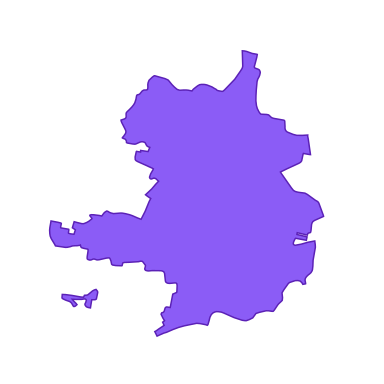 the district of Nam Định, Nam Định, Vietnam, rotated 100°
{"feature_id": "81297802B54089788823696", "entity_name": "Nam Định", "entity_type": "district", "adm_level": 2, "iso_a3": "VNM", "parent_name": "Vietnam", "parent_adm1": "Nam Định", "projection": "mercator", "projection_center": [106.173, 20.418], "detail": "fine", "context": "isolated", "style": "filled", "palette": "violet", "viewbox_px": 384, "rotation_deg": 100, "n_neighbors": 0, "source": "geoboundaries", "source_scale": "gbopen_adm2", "svg_char_len": 6007}
<svg xmlns="http://www.w3.org/2000/svg" viewBox="0 0 384 384"><g transform="rotate(100 192 192)"><path d="M86.1,187.9L85.0,190.7L84.0,195.8L83.9,198.2L84.4,201.4L85.0,203.1L86.2,204.6L87.1,205.5L89.9,208.0L90.8,208.7L92.5,209.6L92.4,213.5L92.6,215.7L93.1,218.3L93.8,221.2L93.9,222.0L93.6,224.1L93.3,224.9L91.7,227.6L89.7,230.4L86.2,234.5L85.8,235.1L85.0,238.4L84.0,248.7L84.1,249.4L85.6,250.9L89.4,253.7L91.9,254.2L93.6,254.2L95.3,253.9L96.5,253.6L98.7,253.6L99.1,254.0L99.5,254.8L99.9,257.0L100.4,257.7L101.2,258.6L104.4,260.4L105.1,261.1L105.8,262.7L106.2,263.1L106.9,263.3L110.3,263.3L114.0,263.8L116.2,264.6L118.6,265.9L121.6,267.9L124.0,269.7L125.2,270.4L126.4,270.5L129.4,269.9L130.4,270.0L131.0,270.4L131.7,271.1L133.5,274.4L134.4,274.1L135.9,273.2L141.6,268.9L142.9,268.0L144.2,267.5L145.8,267.6L148.9,269.0L150.5,270.0L150.8,270.0L151.1,269.3L151.5,267.2L151.9,266.5L153.1,265.5L154.7,265.1L155.0,264.2L155.0,258.7L154.8,256.5L154.3,255.4L151.8,251.7L151.2,250.1L151.1,248.7L151.4,247.1L151.6,246.7L153.7,245.1L154.6,244.2L155.1,242.9L155.4,241.3L159.8,242.3L160.0,249.8L161.6,249.6L161.6,253.7L162.0,253.9L162.6,253.9L167.4,254.1L170.0,253.5L170.8,252.6L171.4,251.1L175.4,235.5L175.9,234.1L177.0,234.3L181.4,235.9L184.6,236.4L185.1,236.3L185.7,235.9L186.2,235.3L186.3,234.5L186.2,234.1L185.1,232.3L184.9,231.1L185.2,229.9L187.2,226.8L190.8,229.2L196.0,232.2L202.8,237.3L204.0,235.0L205.6,231.5L208.7,232.5L219.2,234.8L227.7,237.4L227.0,241.2L225.7,246.5L225.2,249.5L224.9,253.7L224.9,256.8L225.1,258.5L226.9,265.6L226.7,268.4L226.4,269.7L225.6,271.7L225.6,272.8L227.1,274.4L228.1,275.1L231.3,276.7L231.2,279.2L231.5,284.9L231.8,287.0L232.3,288.3L232.5,288.5L233.1,288.5L235.2,286.1L235.7,285.9L236.0,286.1L238.8,288.6L240.3,290.4L241.8,292.8L242.1,293.6L242.3,295.0L242.0,299.8L241.7,302.9L248.0,303.6L249.5,300.3L254.1,300.9L254.3,304.3L254.1,306.4L253.7,306.6L250.6,306.7L250.1,307.0L250.1,314.9L249.6,315.3L249.2,315.3L245.8,315.2L245.5,315.4L245.3,315.8L245.1,318.9L245.0,325.8L251.4,325.8L254.3,325.6L257.7,324.8L260.0,324.0L262.3,322.6L267.1,318.4L268.8,317.1L268.5,306.9L268.1,305.2L267.0,302.4L265.9,300.4L265.4,298.6L264.8,295.7L264.0,293.3L263.6,292.7L264.6,292.3L265.6,291.7L266.0,291.1L266.3,288.8L266.4,284.7L266.9,284.3L268.7,284.1L273.7,284.0L275.4,283.8L276.1,283.5L276.5,282.9L276.8,281.3L276.7,280.5L276.4,279.5L275.3,277.8L275.1,277.2L275.0,276.4L275.4,273.8L274.9,271.8L272.0,264.9L271.4,262.9L271.3,261.9L271.7,261.3L273.9,259.9L277.1,258.6L277.7,257.6L277.7,257.2L277.7,254.3L276.9,248.6L276.7,248.1L276.4,248.0L274.1,247.9L273.7,247.6L273.5,247.2L273.1,246.3L272.1,241.6L269.9,232.5L269.0,230.5L268.9,229.1L269.4,228.2L272.3,225.1L273.4,225.0L275.8,225.2L276.4,225.0L277.2,224.2L277.4,222.5L277.3,221.1L276.4,217.8L275.3,211.4L274.9,208.5L275.1,206.9L275.6,205.8L276.9,204.9L284.4,202.7L285.2,202.2L285.8,201.1L286.0,200.4L286.0,199.1L285.8,197.8L284.5,193.1L284.4,192.1L284.6,191.5L285.0,191.0L286.7,190.4L291.9,189.7L293.4,189.6L293.7,189.8L295.9,193.2L309.5,193.4L309.6,196.9L309.8,197.4L310.1,197.8L310.6,198.2L311.5,198.4L314.3,198.7L315.1,199.1L315.6,199.6L316.2,200.8L316.9,201.1L317.8,201.2L321.4,198.6L323.5,196.7L325.3,198.3L328.2,196.3L332.8,201.1L335.0,203.2L335.9,204.4L340.0,201.4L336.0,195.5L334.6,192.7L330.7,186.8L327.7,181.7L325.2,176.5L323.4,172.0L320.5,164.6L320.2,161.1L320.3,155.6L320.6,153.8L319.9,153.3L315.7,152.8L312.4,152.6L309.3,151.7L307.3,150.2L306.3,148.8L305.6,147.3L305.3,145.4L305.2,142.2L305.7,139.6L308.4,128.7L309.6,120.3L309.5,117.3L309.2,116.0L307.7,113.4L305.4,110.3L300.5,107.9L298.8,104.7L296.1,98.4L295.7,95.9L295.6,92.3L295.4,91.4L295.1,91.1L293.9,90.4L288.2,87.9L287.0,87.2L284.1,85.0L283.0,84.3L280.3,84.5L275.8,85.8L275.3,85.7L272.2,84.5L265.3,81.2L264.2,80.2L261.7,75.6L261.3,74.7L260.8,72.3L260.9,70.5L261.0,69.9L262.3,68.0L263.7,66.8L262.7,64.2L262.3,64.2L259.1,65.4L258.0,65.4L257.2,65.3L255.4,64.5L253.2,62.9L252.3,62.0L250.7,60.8L248.6,60.0L247.5,59.9L244.1,60.1L238.1,60.9L225.0,60.9L222.4,61.5L218.9,62.6L221.3,69.0L224.4,75.4L226.6,81.3L226.4,82.1L226.0,82.9L225.7,83.1L225.1,83.3L224.6,83.3L223.7,83.3L222.1,82.9L219.9,82.2L219.6,81.9L219.7,71.0L216.2,70.9L215.6,81.3L213.8,81.3L214.4,70.9L213.0,70.8L212.3,70.3L211.4,68.4L211.0,68.2L209.4,68.1L203.3,68.6L201.7,68.4L200.3,67.9L199.6,67.3L198.6,66.2L193.2,58.2L192.2,58.6L181.0,65.1L180.0,66.0L179.5,66.8L178.7,69.1L174.4,77.9L173.5,80.6L173.8,87.1L173.7,89.2L173.5,90.6L172.8,92.4L170.7,94.8L158.2,107.3L157.0,108.4L152.8,102.7L145.0,91.5L143.8,90.2L142.2,89.4L135.6,89.2L134.7,89.0L134.7,82.7L134.6,81.8L120.0,86.6L116.8,87.8L115.8,87.9L117.1,93.3L118.0,98.7L117.7,102.4L116.7,107.2L116.4,108.5L115.9,109.5L115.2,110.3L114.6,110.8L113.1,111.5L111.2,111.8L106.0,113.0L105.5,113.5L105.3,114.0L105.3,123.9L105.2,125.1L105.0,126.2L104.5,127.3L103.1,129.3L102.7,130.3L102.7,132.2L103.3,136.9L103.3,137.9L102.7,138.7L101.4,140.0L98.6,142.1L95.8,143.5L91.2,144.9L86.2,145.7L80.5,146.4L71.9,147.1L69.3,146.8L67.0,146.0L65.1,145.6L62.7,145.5L61.9,145.7L61.0,146.2L60.1,146.9L59.6,148.1L59.0,151.5L58.4,152.2L57.9,152.4L48.1,151.6L45.2,151.6L45.1,152.4L45.1,156.8L44.1,162.5L44.0,164.7L44.2,167.0L59.2,163.9L60.2,163.9L61.6,164.1L64.3,165.2L73.6,169.5L85.4,177.4L86.6,178.3L87.4,179.1L87.6,179.5L87.7,180.0L87.7,183.3L87.6,184.3L87.4,185.1L86.7,186.1L86.1,187.9ZM315.5,272.0L314.9,268.7L314.3,267.9L314.0,267.6L307.6,267.4L306.8,267.5L305.9,268.1L304.6,269.6L305.5,271.3L306.7,272.8L311.3,276.7L311.8,277.6L312.4,280.0L314.4,280.5L314.7,283.1L314.7,292.5L315.0,298.8L315.4,302.0L318.4,301.7L318.9,301.6L319.4,301.1L319.8,300.0L320.5,297.3L321.0,294.1L321.4,292.8L322.0,291.8L322.5,291.2L325.2,288.9L325.3,288.5L325.2,288.1L324.9,287.4L324.2,286.7L322.9,285.7L321.8,286.9L320.2,289.2L318.4,291.3L317.9,287.4L316.9,282.0L316.0,279.5L316.0,278.2L316.2,277.9L316.8,277.3L317.5,277.3L319.3,277.5L320.5,277.9L321.4,277.9L322.0,277.6L323.1,276.5L323.4,276.0L323.7,274.9L323.8,273.7L323.8,271.9L316.1,272.0L315.5,272.0Z" fill="#8b5cf6" stroke="#5b21b6" stroke-width="1.5"/></g></svg>